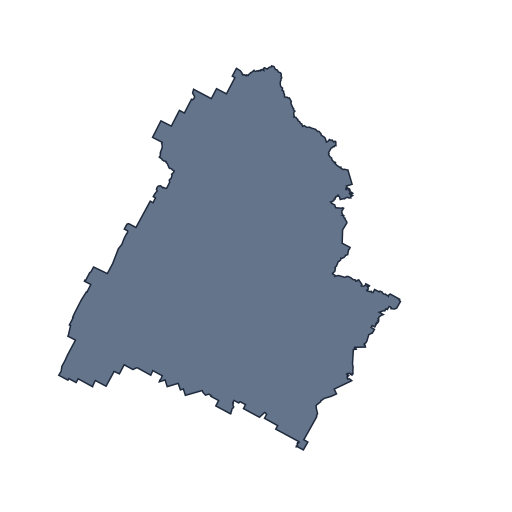 outline of Maranoa, Queensland, Australia, rotated 21°
{"feature_id": "25037944B80919931419893", "entity_name": "Maranoa", "entity_type": "district", "adm_level": 2, "iso_a3": "AUS", "parent_name": "Australia", "parent_adm1": "Queensland", "projection": "albers", "projection_center": [148.678, -26.394], "detail": "fine", "context": "isolated", "style": "filled", "palette": "slate", "viewbox_px": 512, "rotation_deg": 21, "n_neighbors": 0, "source": "geoboundaries", "source_scale": "gbopen_adm2", "svg_char_len": 6109}
<svg xmlns="http://www.w3.org/2000/svg" viewBox="0 0 512 512"><g transform="rotate(21 256 256)"><path d="M369.7,420.1L371.1,411.1L366.5,410.4L370.3,384.4L369.7,383.5L370.0,381.2L366.9,376.6L365.8,374.4L365.9,373.4L368.6,368.9L368.4,367.7L369.0,367.2L370.7,364.5L376.2,360.3L380.6,355.9L376.7,352.2L390.0,338.2L389.3,338.1L389.0,337.6L386.8,337.2L386.0,338.1L384.9,337.4L384.9,336.6L384.3,335.8L385.1,335.2L385.4,334.3L384.8,334.2L384.5,334.9L384.1,334.0L383.1,334.1L383.3,332.9L386.6,331.7L386.9,332.0L386.5,332.2L386.6,332.5L388.3,332.8L388.8,331.0L388.2,330.3L386.4,324.8L384.8,322.3L380.4,308.4L383.0,307.1L382.5,306.6L381.9,306.7L381.3,305.8L380.9,306.2L380.8,305.9L390.8,301.8L389.8,300.1L388.6,299.9L388.5,299.1L389.7,297.7L390.0,296.0L389.5,289.0L391.8,286.6L391.9,286.1L392.3,286.1L392.9,282.1L389.1,281.5L389.4,279.3L392.3,279.7L392.7,276.7L392.2,276.6L392.5,274.8L393.5,275.1L393.9,272.7L393.0,272.6L393.3,270.9L392.4,270.7L392.9,268.5L394.3,266.4L395.8,265.1L391.2,264.4L395.2,261.0L395.9,261.1L396.3,258.6L397.8,258.9L398.4,255.4L399.1,255.3L400.7,255.8L400.8,256.8L404.2,255.9L406.0,254.3L407.2,246.7L405.3,245.7L405.6,244.9L394.9,243.4L393.8,245.1L393.9,246.0L393.5,245.7L392.3,245.8L390.4,245.2L390.1,245.6L389.1,245.7L387.4,245.3L386.8,244.5L384.6,244.3L383.7,244.8L383.7,245.4L378.8,244.7L378.3,248.3L376.6,248.3L376.3,247.7L374.7,248.5L371.8,248.7L371.6,248.3L372.6,247.0L372.1,245.4L370.6,244.5L372.5,243.7L372.6,243.1L368.5,242.6L368.6,243.8L367.4,245.7L365.0,246.1L365.1,244.6L360.4,241.4L359.7,242.0L359.3,243.1L358.1,243.7L357.5,242.7L355.0,243.2L352.3,242.3L349.3,242.1L347.7,242.7L347.5,243.4L346.6,244.1L340.5,244.6L339.4,244.9L337.0,246.8L336.6,245.7L333.9,245.2L333.6,244.8L335.1,242.2L334.6,239.3L333.8,238.2L334.7,236.8L334.8,231.7L335.7,230.9L336.4,229.3L336.0,227.6L337.0,227.5L338.6,225.8L339.2,224.7L339.3,223.4L341.1,221.9L340.2,217.0L340.7,216.2L340.8,214.3L331.9,213.2L327.5,200.6L329.0,192.5L328.2,191.3L326.4,190.1L325.5,188.8L324.6,188.8L323.2,187.1L322.6,187.1L323.1,186.8L322.0,186.4L320.3,184.2L320.0,183.5L320.7,180.0L319.7,179.9L318.6,180.8L313.0,182.4L311.2,180.1L307.6,179.7L307.4,178.9L306.4,178.8L308.9,176.4L308.5,175.0L309.5,174.3L309.1,173.6L309.5,172.6L309.2,172.0L310.7,170.9L310.6,169.8L311.0,169.8L311.8,170.6L312.6,170.7L314.4,173.1L316.9,171.3L318.2,170.9L319.0,169.4L320.7,168.3L321.7,168.6L323.5,167.8L323.1,167.6L323.2,166.9L324.4,165.2L322.9,165.5L322.6,164.5L323.9,163.3L324.0,162.8L322.3,162.3L321.7,163.9L321.1,164.5L320.8,164.3L321.4,163.0L318.7,160.9L318.9,160.6L320.1,160.8L319.4,159.9L316.5,159.6L316.2,160.1L316.8,161.6L316.3,161.7L315.7,161.1L316.0,158.3L315.5,158.1L320.0,154.6L310.6,142.3L310.7,142.9L307.2,143.4L306.5,144.0L303.9,143.7L303.5,142.6L302.5,143.1L299.2,142.5L297.1,141.5L296.7,140.2L296.0,140.1L295.6,140.8L294.5,139.9L292.9,139.4L291.3,137.3L289.4,136.8L287.4,135.3L287.6,134.4L286.7,133.6L287.5,128.3L288.2,127.7L288.8,126.4L289.8,126.0L289.8,124.9L291.1,124.4L289.5,120.7L288.6,120.5L288.3,121.3L287.6,121.7L285.5,120.4L284.6,121.2L282.8,120.9L282.2,123.0L280.9,124.4L278.4,121.2L277.3,120.6L273.7,119.8L272.9,118.6L270.2,117.1L268.7,117.6L266.3,116.4L262.0,116.7L259.8,116.5L257.4,117.7L254.3,117.0L253.1,118.3L251.4,116.3L249.9,116.3L248.7,115.0L246.5,114.6L246.1,113.5L244.9,113.2L243.7,112.3L241.4,112.6L241.5,111.6L240.3,109.9L240.0,108.9L239.9,108.1L240.4,106.8L238.8,106.1L238.2,105.4L238.3,104.9L237.4,104.5L234.4,101.5L233.8,100.7L233.6,99.1L230.5,96.5L229.7,96.9L227.8,96.6L227.1,97.2L225.5,97.1L224.6,94.8L223.7,94.2L222.6,92.1L221.2,92.1L220.6,89.7L218.4,89.0L217.1,87.0L216.2,84.4L216.4,83.0L215.8,81.9L216.2,80.4L214.9,79.0L214.7,77.9L214.0,76.6L212.7,76.1L211.1,76.3L209.1,74.7L207.3,74.9L204.9,72.7L202.5,72.9L202.8,73.6L200.7,75.2L199.3,77.5L196.3,77.2L195.9,78.2L196.7,79.9L195.5,79.4L194.9,80.2L194.6,79.9L193.7,80.6L193.8,81.5L192.6,81.6L191.7,82.2L191.8,82.6L190.3,83.0L189.6,83.8L187.8,84.0L187.5,83.5L186.0,86.3L185.2,86.8L185.0,88.0L183.8,89.5L183.9,90.4L182.6,90.4L182.8,90.7L182.2,91.3L180.5,90.9L180.2,91.3L179.3,91.1L178.6,91.7L177.1,90.0L175.0,88.7L170.5,87.8L169.4,96.6L172.4,97.0L170.3,115.2L159.2,113.9L157.9,125.1L138.0,122.7L138.4,126.6L141.4,129.0L141.8,130.4L140.9,132.9L139.6,132.8L137.9,148.2L132.3,147.5L130.4,165.1L118.8,163.9L116.9,182.3L127.7,183.5L127.5,184.6L128.7,186.2L129.6,188.7L129.6,193.6L130.1,194.0L129.9,194.6L130.8,196.9L130.3,197.8L130.3,198.4L133.5,199.2L133.8,199.8L136.0,200.3L138.0,199.9L138.5,200.9L140.1,201.5L143.2,204.8L144.0,205.2L144.5,204.9L146.0,204.9L146.7,205.5L149.2,206.0L149.1,207.4L147.9,210.0L148.6,210.5L149.0,213.9L147.9,215.6L147.8,216.2L149.0,218.2L148.3,224.6L147.2,225.4L145.1,225.1L144.3,225.8L143.5,225.2L141.6,224.6L139.7,225.8L139.1,227.3L139.1,229.4L140.4,230.6L139.2,234.5L138.8,237.4L141.3,237.7L140.8,243.2L137.6,242.7L133.7,272.4L125.6,271.4L124.1,272.5L123.4,278.1L127.0,278.5L127.4,278.9L127.7,280.6L127.2,281.4L126.6,286.7L126.6,293.2L124.9,298.5L124.9,314.4L123.5,325.7L108.3,324.5L107.6,329.9L106.7,331.2L105.7,340.0L104.9,339.9L104.8,341.0L112.0,341.8L111.1,350.4L110.5,350.4L108.7,359.4L107.1,374.0L106.8,378.9L107.4,379.0L106.5,387.3L107.8,387.4L109.2,397.2L109.1,398.3L117.6,399.2L115.5,416.0L115.2,421.8L114.3,428.6L115.4,433.4L114.6,438.0L124.9,439.3L125.1,437.5L133.4,438.6L134.0,434.4L150.3,436.6L150.2,434.9L150.6,429.8L162.7,431.3L164.9,414.6L170.7,415.0L171.9,404.8L181.8,406.1L184.3,403.4L185.3,402.9L200.5,405.0L200.7,400.0L211.4,401.4L211.3,405.2L210.7,406.3L210.8,408.1L215.6,404.3L219.9,409.8L229.0,402.8L233.4,408.1L235.9,406.2L240.0,411.4L254.0,400.9L255.2,402.2L258.7,404.0L261.4,401.9L264.2,402.3L264.2,403.2L272.9,404.3L272.2,410.4L288.8,412.5L289.1,412.1L288.6,411.5L288.8,410.0L288.4,407.6L289.3,405.3L289.1,404.6L288.3,404.0L287.7,403.0L287.6,401.5L286.9,401.5L287.2,398.7L292.5,399.4L293.4,397.7L299.5,398.5L299.0,403.0L317.0,405.3L320.1,399.0L321.2,399.2L322.7,400.0L322.1,404.5L337.0,406.6L336.5,410.6L362.4,413.9L362.8,414.2L362.2,414.4L361.8,415.2L362.5,415.6L361.7,416.5L362.6,417.9L361.7,419.1L362.0,419.7L362.4,419.1L369.7,420.1Z" fill="#64748b" stroke="#1e293b" stroke-width="1.5"/></g></svg>